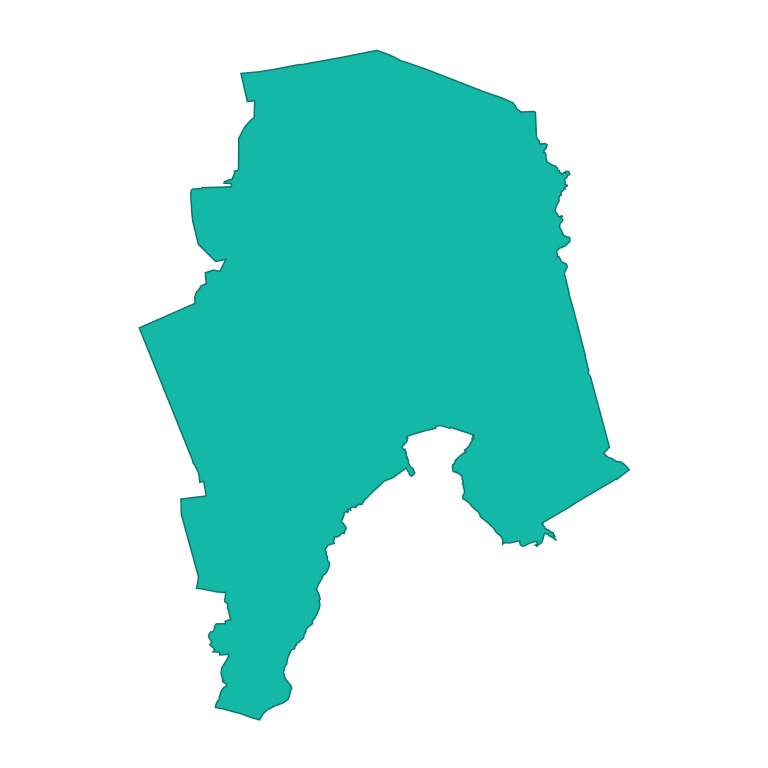 the district of Lunca Corbului, Arges, Romania, rotated 179°
{"feature_id": "2599482B7235716813280", "entity_name": "Lunca Corbului", "entity_type": "district", "adm_level": 2, "iso_a3": "ROU", "parent_name": "Romania", "parent_adm1": "Arges", "projection": "mercator", "projection_center": [24.731, 44.682], "detail": "fine", "context": "isolated", "style": "filled", "palette": "teal", "viewbox_px": 768, "rotation_deg": 179, "n_neighbors": 0, "source": "geoboundaries", "source_scale": "gbopen_adm2", "svg_char_len": 6132}
<svg xmlns="http://www.w3.org/2000/svg" viewBox="0 0 768 768"><g transform="rotate(179 384 384)"><path d="M462.7,705.0L489.5,700.3L503.9,698.3L521.6,697.0L515.7,668.8L508.4,669.5L509.2,652.8L513.4,649.3L519.0,643.1L524.9,632.3L525.7,602.0L526.4,600.0L530.8,599.1L529.0,599.0L532.5,591.2L535.5,590.8L540.3,588.7L540.5,587.6L533.4,587.1L532.9,583.8L562.2,583.5L563.7,582.5L572.0,582.2L573.4,580.7L574.0,576.8L573.2,559.1L572.4,550.2L567.2,526.9L550.1,509.4L540.0,511.4L546.1,499.5L552.5,500.9L560.8,498.3L560.0,487.6L565.5,485.1L566.6,482.7L569.8,479.2L571.6,474.7L571.6,467.9L627.7,444.4L576.8,311.2L576.1,307.8L574.8,306.7L570.6,297.3L569.9,289.0L565.9,289.8L563.7,275.1L589.0,272.6L588.9,257.1L572.7,193.9L575.0,183.0L569.3,182.3L554.7,179.0L546.0,178.3L546.5,172.6L547.1,171.4L547.1,169.9L546.9,169.2L544.6,167.3L543.9,164.9L544.5,163.2L544.2,161.8L542.9,159.4L543.0,157.7L541.4,151.1L546.9,149.7L546.8,147.1L555.9,147.1L557.4,145.0L558.3,140.8L559.5,139.4L561.6,139.1L563.9,135.7L563.7,135.0L563.4,134.9L563.5,133.7L560.9,129.1L561.5,127.5L562.8,126.5L557.7,121.5L559.7,119.2L553.0,118.6L552.8,115.9L543.9,116.5L544.5,113.5L550.9,103.5L551.4,101.9L551.9,97.8L551.2,93.8L549.4,90.9L550.8,90.8L550.2,88.8L546.8,86.7L546.5,85.1L550.0,82.9L551.8,80.3L553.0,77.9L552.9,76.8L554.2,74.5L553.9,73.0L554.2,72.1L556.6,68.8L558.2,64.8L558.2,63.6L549.9,61.8L535.4,57.5L534.5,57.5L521.9,52.6L514.2,50.3L513.9,51.3L510.0,57.0L507.2,59.5L504.5,61.3L503.2,61.6L498.8,64.1L490.4,66.9L485.3,70.5L484.0,73.7L482.7,79.3L481.7,80.6L481.7,82.1L482.9,84.8L485.6,88.0L488.1,91.9L489.6,97.6L488.9,99.5L488.8,101.7L486.2,105.7L485.2,111.4L481.9,118.7L480.9,120.0L478.0,120.8L477.3,124.1L476.1,124.4L476.1,126.3L473.1,127.4L472.8,128.2L469.0,131.4L468.3,133.6L468.4,135.4L467.1,136.1L466.3,138.3L466.4,140.4L465.3,140.8L463.4,142.9L460.4,144.8L459.4,146.3L460.0,148.1L457.0,151.4L456.4,153.1L455.6,153.9L452.7,160.7L451.9,164.6L452.7,168.3L451.5,169.9L452.7,174.4L454.2,178.4L455.6,180.0L454.9,180.3L453.3,184.3L449.4,190.7L447.9,194.4L446.5,194.7L444.2,197.6L442.3,201.7L441.7,204.2L441.6,206.4L442.8,207.3L443.5,209.0L443.7,212.6L444.9,214.5L444.9,215.6L444.5,216.2L445.2,217.8L445.6,219.6L445.3,220.8L444.4,221.1L444.3,221.8L442.4,224.0L438.0,225.3L436.6,225.3L437.1,228.4L436.4,230.3L436.7,231.6L436.4,232.0L435.9,232.2L434.0,231.7L430.8,233.3L428.5,235.7L426.3,235.4L426.1,237.1L424.2,240.4L425.4,242.9L429.0,247.4L429.0,248.3L427.9,249.4L426.4,253.3L426.0,255.5L424.0,257.3L422.5,256.2L422.1,257.4L422.5,258.9L421.8,259.5L419.6,258.5L420.0,260.0L419.2,260.8L416.6,261.8L415.6,261.1L414.3,261.0L413.5,261.8L413.9,263.2L412.2,263.3L410.2,264.5L409.1,263.8L408.0,264.1L406.4,267.2L397.9,275.8L388.7,283.8L386.0,286.7L376.7,290.2L363.4,299.6L361.8,296.6L360.7,295.8L360.2,293.2L358.7,291.5L357.6,291.6L355.3,293.6L354.8,294.8L355.6,296.1L356.2,298.4L356.8,299.2L359.2,301.0L360.9,304.2L360.9,306.8L361.2,307.9L361.8,308.9L362.9,309.3L363.0,309.8L362.2,310.1L362.1,310.8L362.9,311.8L363.2,314.2L363.6,314.2L363.0,315.5L364.0,317.0L364.1,318.4L365.6,318.2L367.4,320.2L366.6,320.7L365.8,322.8L365.1,322.7L365.3,323.7L363.0,325.0L362.1,326.2L361.1,329.7L362.3,330.0L361.8,331.4L345.7,336.1L333.2,338.8L332.7,340.8L330.6,341.3L327.8,341.4L319.0,338.6L318.0,339.4L296.1,331.8L296.0,331.0L295.2,331.1L295.1,330.3L296.2,330.0L295.3,328.0L296.9,328.1L297.1,327.5L296.5,326.9L297.0,325.3L298.7,323.5L299.5,320.9L302.8,317.7L304.5,316.7L304.5,315.8L303.0,314.5L305.9,313.3L309.9,310.2L313.9,306.5L315.0,302.9L316.5,302.4L317.0,300.1L316.6,296.0L315.9,295.1L313.9,295.0L314.1,294.6L310.1,292.7L307.9,290.7L307.5,289.2L307.6,287.0L306.6,286.0L306.6,284.6L307.2,283.8L307.3,282.8L306.5,282.1L306.3,278.9L305.7,278.1L305.4,274.7L305.7,273.2L307.2,270.8L307.2,267.9L304.5,266.5L301.9,264.4L299.5,262.0L297.9,259.6L291.9,254.3L291.0,253.0L289.6,249.2L282.5,243.4L277.3,238.3L274.4,233.8L269.2,229.1L268.0,225.6L267.9,223.9L268.2,222.1L268.1,221.8L267.7,222.5L266.3,223.1L260.6,222.9L251.5,224.8L251.2,224.6L250.8,221.4L249.2,219.7L247.6,219.4L245.5,219.9L241.9,222.1L238.7,222.9L236.5,224.0L234.4,223.3L234.4,223.7L233.3,223.9L233.0,223.5L233.6,222.9L233.7,222.1L233.4,221.2L235.3,220.3L234.2,220.2L234.1,219.3L229.3,222.6L227.3,227.2L227.2,228.6L226.1,231.8L225.6,232.2L223.9,231.1L222.7,231.3L221.5,229.2L221.0,229.2L216.8,226.7L214.3,224.4L216.8,227.8L216.8,228.5L215.9,228.8L216.4,229.1L216.4,230.0L217.9,231.8L217.5,232.3L220.2,233.3L220.8,232.4L220.5,233.6L221.1,234.8L224.0,235.7L224.4,236.3L224.9,236.0L225.7,236.9L226.1,238.7L227.7,239.9L227.4,240.1L227.5,241.6L228.4,242.2L201.7,257.2L190.5,264.2L153.6,284.9L152.7,284.3L152.3,285.1L140.3,294.0L145.7,300.0L149.0,302.1L152.9,302.5L158.2,306.0L160.4,306.2L165.7,310.7L159.7,316.9L177.4,387.6L179.9,391.5L179.0,393.3L182.1,407.0L182.5,410.3L193.6,456.5L197.3,470.0L197.5,472.6L201.7,491.4L200.9,493.7L198.9,497.3L198.8,499.0L199.9,501.0L204.3,503.2L206.8,508.1L208.5,508.1L208.7,508.7L208.0,510.1L209.4,512.7L208.6,514.4L206.2,516.6L200.4,518.9L195.8,523.1L195.5,526.2L195.7,527.2L199.5,528.3L201.9,529.8L205.7,537.9L205.7,539.6L204.2,542.3L202.5,544.3L202.6,545.8L204.2,547.3L202.8,548.6L203.4,549.1L205.7,548.1L206.6,548.4L207.5,550.8L209.3,552.5L210.1,554.7L209.1,557.0L208.8,558.7L205.9,563.5L205.7,565.0L206.1,566.9L205.4,567.9L205.0,569.2L203.6,569.7L203.8,571.7L203.1,573.3L201.0,574.9L200.7,576.1L199.2,576.0L199.8,577.3L199.6,577.9L197.1,578.8L197.1,579.4L199.5,580.3L199.3,583.0L199.9,585.9L197.7,587.1L196.5,589.7L194.9,590.1L194.8,591.7L196.0,593.4L198.3,593.4L198.7,593.1L198.4,592.4L198.6,591.9L200.0,592.5L201.7,590.9L202.7,590.8L203.1,591.9L204.6,591.9L205.1,594.4L206.6,594.7L206.9,597.0L208.3,598.1L208.7,598.9L211.7,599.8L217.5,603.5L217.4,605.1L218.1,607.0L218.1,610.4L218.7,612.2L220.2,612.8L219.9,613.8L220.2,614.9L218.1,616.3L216.7,620.2L218.7,621.7L223.7,621.0L224.7,624.5L226.6,626.8L227.3,628.6L227.8,652.3L228.2,653.2L229.3,653.9L242.4,653.5L242.4,653.9L246.3,656.5L247.7,659.7L250.2,662.9L260.9,667.9L278.7,674.3L336.3,697.9L358.5,706.1L361.2,706.7L367.6,710.4L372.2,712.6L385.2,717.7L420.2,711.4L462.4,704.5L462.7,705.0Z" fill="#14b8a6" stroke="#0f766e" stroke-width="1.5"/></g></svg>